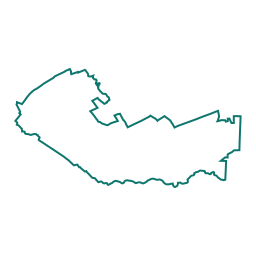 Tiganasi, Iasi, Romania
{"feature_id": "2599482B17220998825141", "entity_name": "Tiganasi", "entity_type": "district", "adm_level": 2, "iso_a3": "ROU", "parent_name": "Romania", "parent_adm1": "Iasi", "projection": "equal_earth", "projection_center": [27.471, 47.35], "detail": "fine", "context": "isolated", "style": "outline", "palette": "teal", "viewbox_px": 256, "rotation_deg": 0, "n_neighbors": 0, "source": "geoboundaries", "source_scale": "gbopen_adm2", "svg_char_len": 5748}
<svg xmlns="http://www.w3.org/2000/svg" viewBox="0 0 256 256"><path d="M116.1,180.9L119.1,181.7L119.9,182.0L121.1,182.8L122.1,183.3L122.8,183.3L123.6,182.9L124.0,182.4L124.4,181.6L124.7,181.2L125.0,180.9L125.8,180.5L126.3,180.4L127.2,180.3L127.8,180.4L132.3,181.2L133.0,181.5L133.8,181.8L134.9,182.7L135.6,183.1L135.8,183.1L136.4,183.0L138.1,182.4L139.3,182.3L139.8,182.3L140.6,182.5L141.1,182.7L142.4,183.3L143.0,183.4L143.7,183.2L146.1,182.1L147.2,181.0L147.8,180.5L150.0,179.5L151.7,178.8L152.7,178.7L153.2,178.7L153.9,178.8L155.9,179.5L156.9,179.8L157.3,179.8L159.0,179.5L159.6,179.5L160.4,179.7L161.9,180.4L162.6,180.9L163.9,182.7L164.8,183.5L166.0,184.1L166.6,184.3L168.4,184.3L169.7,184.1L172.7,183.5L173.1,185.1L173.4,185.8L173.8,186.4L174.5,186.9L175.0,187.0L175.5,186.8L176.7,186.2L177.1,185.8L177.5,185.3L177.7,184.6L178.0,182.8L180.4,182.6L181.3,183.3L181.9,183.6L182.9,183.7L184.1,183.5L185.0,183.2L186.1,183.0L186.6,182.9L187.4,182.6L187.7,182.3L187.8,182.0L187.9,181.4L187.8,180.7L187.5,179.5L189.2,177.9L190.8,176.2L191.3,175.8L191.8,175.6L193.1,175.4L193.4,175.3L193.9,175.0L194.2,174.5L194.4,174.1L194.4,173.8L194.2,173.4L194.3,173.2L194.5,173.0L195.1,172.8L195.6,172.4L196.6,172.0L198.2,171.7L198.4,171.6L199.5,170.8L200.1,170.6L201.1,170.6L202.0,170.8L204.1,170.9L204.4,171.0L204.6,171.1L204.9,171.4L205.0,172.3L205.1,172.6L205.4,173.0L205.7,173.2L206.2,173.3L206.9,173.2L207.6,173.2L208.1,173.3L209.1,173.9L209.7,174.2L210.1,174.2L210.5,174.1L210.8,173.9L211.1,173.4L211.1,173.1L211.3,173.0L212.7,172.2L213.0,172.1L213.4,172.0L213.8,172.2L214.2,172.6L214.2,173.0L214.1,173.5L214.0,174.2L214.1,174.6L214.3,174.9L214.5,175.1L214.9,175.2L216.1,175.5L216.6,175.8L218.1,177.6L219.2,178.3L220.5,179.3L221.3,179.7L221.8,179.8L222.5,179.7L223.6,180.2L225.2,179.8L225.3,179.5L226.1,161.7L226.1,161.0L220.9,160.8L225.1,157.4L227.6,157.5L227.6,154.7L228.0,154.2L228.3,154.0L228.9,153.6L231.7,152.3L233.7,150.6L234.1,150.3L239.4,150.2L239.6,142.2L240.6,116.3L239.4,116.2L234.6,116.1L234.2,116.1L233.8,116.2L233.8,123.0L231.8,123.0L231.5,123.0L231.2,122.5L230.6,121.3L230.2,120.3L229.5,118.7L227.8,118.7L227.8,121.1L226.2,121.5L225.7,121.5L225.2,120.3L223.8,120.2L221.6,120.1L218.4,121.1L217.5,121.2L217.8,120.7L218.3,119.0L219.0,116.8L219.0,115.8L218.9,115.3L218.7,114.2L218.5,113.4L218.3,112.1L218.1,110.9L215.7,111.7L211.8,113.3L202.3,116.8L196.8,119.0L180.6,124.9L177.4,126.1L174.5,127.5L174.0,126.6L173.5,125.6L172.8,124.4L171.7,122.8L171.2,122.0L170.2,120.4L167.3,118.2L165.6,117.0L164.6,116.1L159.8,119.1L158.5,119.9L157.4,120.8L156.4,119.5L155.8,118.9L150.4,115.7L150.2,115.7L149.5,116.5L146.1,118.3L141.1,120.9L134.1,124.2L127.7,127.3L127.5,126.9L127.0,125.8L126.4,125.0L126.1,124.5L126.0,124.2L125.9,123.7L125.4,122.4L125.0,121.9L124.8,121.6L124.1,120.7L123.9,120.4L123.1,119.9L122.9,119.4L122.2,118.0L120.1,114.1L120.0,113.8L117.8,114.1L116.2,114.8L114.5,115.5L115.1,116.6L115.9,117.8L116.3,118.3L117.8,121.0L112.1,122.8L109.8,123.8L109.1,124.4L108.8,124.5L107.6,125.2L107.0,125.1L106.4,125.0L103.6,124.0L102.5,123.7L101.5,123.2L100.1,122.0L98.2,121.7L97.8,120.9L97.3,120.1L95.8,118.2L94.8,116.7L92.6,113.8L90.3,111.2L97.5,107.8L92.3,100.8L97.6,97.9L97.9,98.3L98.8,99.5L100.2,100.5L101.0,101.3L102.7,102.4L103.3,103.1L103.9,103.6L104.2,103.8L104.8,103.8L105.9,102.9L106.1,102.9L106.8,102.7L107.0,102.4L106.9,102.0L109.5,99.8L109.1,99.2L108.9,97.6L108.5,97.2L108.2,96.9L107.5,96.6L107.2,96.2L106.3,94.6L105.8,94.1L105.5,93.9L105.0,93.8L104.0,93.9L103.2,93.8L102.4,93.4L101.9,93.0L101.4,92.2L101.1,91.9L100.5,91.6L100.0,91.0L99.8,90.6L98.5,89.1L98.3,88.6L98.1,87.9L98.3,87.7L97.8,86.3L97.8,86.2L98.0,86.1L97.9,86.0L97.9,85.8L98.4,85.6L98.8,85.1L99.0,84.9L99.3,84.6L99.2,84.3L99.2,84.2L99.3,84.1L99.5,83.6L99.2,83.5L99.2,83.2L97.9,83.5L96.8,83.6L97.0,84.1L97.3,84.5L96.7,84.8L96.1,83.9L95.8,83.2L95.9,82.7L96.2,82.3L96.3,81.9L96.6,80.5L96.4,80.0L95.9,79.4L94.4,79.4L93.1,78.0L93.0,77.9L93.0,76.5L93.1,76.0L93.2,75.7L91.4,76.4L91.2,76.5L88.4,76.3L88.2,75.8L88.0,74.0L87.7,73.4L85.3,70.1L85.0,69.9L84.9,70.0L82.6,70.8L78.2,72.6L78.0,71.9L71.3,74.2L71.0,73.3L71.1,72.8L71.0,71.9L71.0,71.7L71.0,71.3L70.9,71.0L70.3,70.1L70.2,69.7L69.8,69.0L68.5,69.7L66.9,70.3L66.2,70.7L65.2,71.2L64.2,71.9L63.5,72.2L63.1,72.5L61.6,73.1L55.5,76.0L53.9,77.1L53.7,77.4L53.7,77.6L53.5,77.8L44.1,83.4L40.2,86.3L37.1,88.4L33.6,90.4L32.2,91.7L31.6,92.1L29.3,94.4L26.8,97.5L26.1,98.6L22.6,103.3L22.0,104.1L21.0,103.7L17.0,102.2L17.0,102.7L17.0,102.9L17.0,103.5L16.6,104.1L16.5,104.4L20.1,111.6L20.2,111.9L20.1,112.1L19.3,113.1L20.7,114.4L15.4,120.9L16.1,121.5L16.9,122.3L17.2,122.7L17.3,123.1L17.2,123.4L17.1,123.9L16.8,124.7L17.6,125.0L18.9,125.7L19.3,126.1L20.1,127.0L20.7,127.7L21.8,128.7L22.1,131.5L23.3,131.4L24.3,131.6L24.5,131.7L24.6,131.9L24.8,132.4L24.8,132.8L25.4,133.7L25.6,133.8L27.6,134.1L28.4,134.1L30.0,134.8L30.5,134.9L31.0,134.9L31.6,134.7L33.9,134.1L34.7,134.0L35.0,134.0L35.4,134.2L36.1,134.1L36.7,134.7L36.9,134.9L37.7,135.1L37.8,135.2L38.0,135.9L38.6,136.5L39.4,137.0L39.6,137.5L39.5,137.8L39.4,138.2L39.0,138.7L38.7,139.7L38.8,140.1L47.8,146.0L56.7,151.9L64.2,156.9L65.7,158.2L68.4,160.1L73.8,165.3L74.5,165.1L74.8,165.2L76.5,164.7L77.4,164.7L78.2,165.8L78.5,166.4L79.1,167.2L80.0,167.1L80.3,167.6L81.4,168.6L85.0,171.6L86.3,171.2L86.4,171.5L86.9,172.1L90.8,176.2L91.3,176.8L91.8,177.4L92.4,177.8L93.3,178.0L94.5,178.1L95.2,178.4L96.2,179.9L97.1,180.7L98.0,181.9L98.3,182.1L98.6,182.2L98.8,182.2L99.7,181.8L100.7,181.5L101.4,181.5L102.0,181.9L102.2,182.1L102.5,182.4L102.8,182.8L103.5,183.2L104.3,183.4L104.7,183.3L106.1,183.0L106.8,183.1L107.1,183.5L107.6,184.4L107.8,184.7L108.3,184.9L108.6,184.8L110.2,183.8L111.2,183.4L112.2,182.9L113.2,182.0L113.9,181.5L115.1,181.0L116.1,180.9Z" fill="none" stroke="#0f766e" stroke-width="2"/></svg>